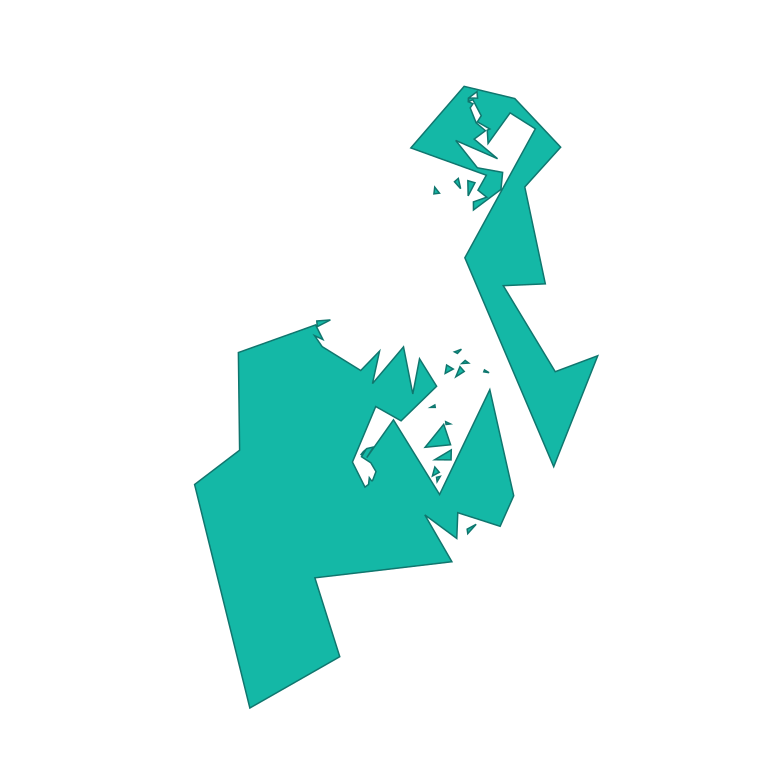 Colón, Colón, Panama (Mercator projection), rotated 154°
{"feature_id": "35544464B72276923440034", "entity_name": "Colón", "entity_type": "district", "adm_level": 2, "iso_a3": "PAN", "parent_name": "Panama", "parent_adm1": "Colón", "projection": "mercator", "projection_center": [-79.891, 9.223], "detail": "medium", "context": "isolated", "style": "filled", "palette": "teal", "viewbox_px": 768, "rotation_deg": 154, "n_neighbors": 0, "source": "geoboundaries", "source_scale": "gbopen_adm2", "svg_char_len": 1988}
<svg xmlns="http://www.w3.org/2000/svg" viewBox="0 0 768 768"><g transform="rotate(154 384 384)"><path d="M400.9,194.5L404.7,248.5L386.3,213.3L374.1,236.0L342.0,205.2L316.4,226.7L291.4,332.5L382.5,260.3L391.2,347.6L431.8,325.4L421.1,332.0L427.7,333.5L432.1,332.3L436.2,330.4L429.3,332.8L436.1,328.5L430.4,319.0L429.6,308.8L436.5,302.3L437.2,302.2L437.7,302.7L438.3,306.2L441.9,300.5L446.3,299.7L446.6,327.7L401.3,367.4L384.8,343.4L337.7,358.9L341.0,391.1L362.5,362.4L350.2,408.8L394.2,389.4L373.6,415.5L399.0,406.3L423.2,444.7L425.2,457.9L419.4,450.7L419.6,467.1L501.1,476.1L542.8,387.8L598.3,376.7L646.6,151.6L543.3,158.3L531.1,240.1L400.9,194.5ZM141.3,583.2L181.5,616.4L256.4,584.4L200.5,526.8L214.6,517.0L209.8,506.9L223.8,508.5L227.3,501.2L193.6,507.6L184.6,522.2L205.3,537.4L212.8,571.5L183.2,536.7L195.6,564.6L181.8,567.2L186.7,578.3L185.5,594.4L181.2,596.9L184.5,600.8L182.9,603.9L172.3,606.0L174.6,599.9L182.5,603.9L184.2,600.9L179.5,600.5L179.0,582.5L185.2,578.7L177.1,566.8L179.9,566.9L185.0,554.6L151.8,572.4L136.1,547.0L256.0,462.0L267.7,235.3L179.5,315.7L224.7,320.0L233.7,420.1L195.1,403.3L171.1,499.4L121.4,519.4L141.3,583.2ZM374.8,309.1L350.8,300.2L348.0,321.6L374.8,309.1ZM371.6,293.7L357.0,286.4L352.4,295.3L371.6,293.7ZM418.8,464.8L404.1,465.1L416.8,470.1L418.8,464.8ZM374.3,212.8L362.7,217.5L372.9,217.1L374.3,212.8ZM225.9,516.2L214.0,525.0L219.5,530.0L225.9,516.2ZM316.3,359.0L306.4,360.1L308.1,366.3L316.3,359.0ZM324.4,366.7L315.2,367.1L319.4,373.6L324.4,366.7ZM380.8,280.1L373.0,280.4L374.7,287.1L380.8,280.1ZM304.6,379.3L299.2,381.3L306.6,382.0L304.6,379.3ZM305.1,368.3L298.7,365.7L300.7,369.6L305.1,368.3ZM232.0,534.9L229.5,526.0L227.1,536.2L232.0,534.9ZM289.0,351.2L284.6,348.1L287.5,352.6L289.0,351.2ZM255.8,533.0L250.5,531.2L252.1,538.7L255.8,533.0ZM346.0,320.4L341.8,319.0L345.1,323.1L346.0,320.4ZM352.5,342.6L348.2,340.5L347.5,342.9L352.5,342.6ZM377.7,277.1L379.1,272.9L373.9,276.3L377.7,277.1Z" fill="#14b8a6" stroke="#0f766e" stroke-width="1.5"/></g></svg>